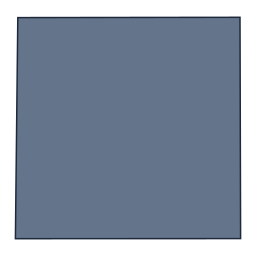 the district of Potter, Texas, United States of America
{"feature_id": "52423323B78910372712846", "entity_name": "Potter", "entity_type": "district", "adm_level": 2, "iso_a3": "USA", "parent_name": "United States of America", "parent_adm1": "Texas", "projection": "orthographic", "projection_center": [-101.949, 35.402], "detail": "fine", "context": "isolated", "style": "filled", "palette": "slate", "viewbox_px": 256, "rotation_deg": 0, "n_neighbors": 0, "source": "geoboundaries", "source_scale": "gbopen_adm2", "svg_char_len": 187}
<svg xmlns="http://www.w3.org/2000/svg" viewBox="0 0 256 256"><path d="M15.4,238.7L240.6,238.6L240.0,17.3L17.8,17.6L15.4,238.7Z" fill="#64748b" stroke="#1e293b" stroke-width="1.5"/></svg>